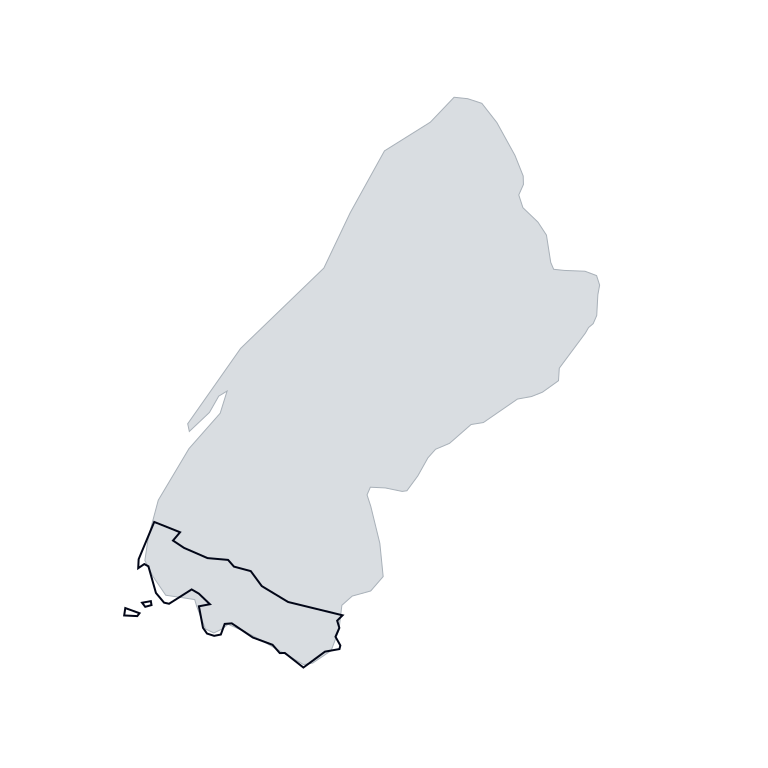 El Salvador, with La Unión highlighted, rotated 107°
{"feature_id": "SLV-1350", "entity_name": "La Unión", "entity_type": "Department", "adm_level": 1, "iso_a3": "SLV", "parent_name": "El Salvador", "parent_adm1": "", "projection": "natural_earth1", "projection_center": [-87.879, 13.537], "detail": "coarse", "context": "in_parent", "style": "outline", "palette": "ink", "viewbox_px": 768, "rotation_deg": 107, "n_neighbors": 0, "source": "natural_earth", "source_scale": "10m", "svg_char_len": 1715}
<svg xmlns="http://www.w3.org/2000/svg" viewBox="0 0 768 768"><g transform="rotate(107 384 384)"><path d="M270.2,204.9L276.4,206.3L317.6,221.0L329.8,218.1L345.4,230.0L352.8,239.2L359.4,252.0L391.8,277.7L397.3,288.9L421.6,304.0L431.3,315.6L441.7,320.4L462.0,324.8L479.4,330.9L481.4,335.2L483.0,352.4L486.7,366.9L495.0,367.8L505.0,360.8L537.6,341.4L568.4,328.5L585.8,336.2L596.1,352.4L607.9,359.6L632.3,355.2L654.4,356.6L671.8,370.7L675.8,378.9L665.1,425.8L661.3,445.9L659.4,462.9L665.7,467.3L671.8,473.9L670.5,483.1L651.4,498.1L645.5,502.0L649.8,531.0L635.7,548.5L622.7,561.1L599.8,564.5L561.1,565.9L502.8,551.6L459.8,532.1L436.6,532.0L443.9,538.5L462.2,542.6L486.3,556.3L479.4,560.1L391.8,531.5L290.7,475.4L230.2,466.4L160.9,451.7L120.0,416.2L89.3,400.8L86.7,387.4L87.0,372.5L101.0,352.5L127.1,325.6L144.4,311.7L152.4,309.0L163.8,310.4L174.8,302.7L184.2,284.1L194.1,272.2L219.0,260.1L224.7,255.3L222.7,244.9L217.4,224.8L218.2,212.4L226.4,206.7L236.1,205.6L256.3,200.6L265.1,201.6L270.2,204.9Z" fill="#d9dde1" stroke="#a8b0b8" stroke-width="1"/><path d="M650.5,349.1L657.2,362.2L678.7,378.2L670.2,400.2L671.8,405.0L666.0,414.3L664.8,435.3L657.4,459.6L660.0,466.2L671.3,466.8L674.5,472.8L674.4,480.3L670.1,485.8L650.7,496.0L645.5,486.1L638.6,499.8L636.7,507.9L657.0,525.3L657.4,530.4L650.5,541.0L627.2,556.0L626.3,560.6L632.0,565.2L623.3,567.4L583.1,563.4L585.4,535.7L595.4,540.0L599.2,527.3L602.1,501.9L597.8,481.7L602.5,474.1L601.9,456.7L613.0,441.8L620.5,412.0L617.3,356.0L624.0,359.6L630.3,355.4L639.9,356.5L646.8,349.3L650.5,349.1ZM673.9,565.9L674.7,550.8L678.1,552.1L681.3,564.8L673.9,565.9ZM663.4,541.7L666.9,547.2L663.9,551.4L659.8,543.5L663.4,541.7Z" fill="none" stroke="#020617" stroke-width="2"/></g></svg>